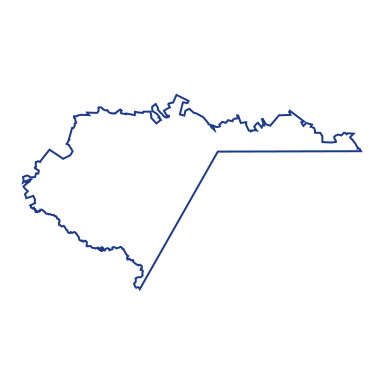 outline of La Trinitaria, Chiapas, Mexico
{"feature_id": "50627088B54619766562201", "entity_name": "La Trinitaria", "entity_type": "district", "adm_level": 2, "iso_a3": "MEX", "parent_name": "Mexico", "parent_adm1": "Chiapas", "projection": "orthographic", "projection_center": [-91.937, 15.979], "detail": "fine", "context": "isolated", "style": "outline", "palette": "blue", "viewbox_px": 384, "rotation_deg": 0, "n_neighbors": 0, "source": "geoboundaries", "source_scale": "gbopen_adm2", "svg_char_len": 5880}
<svg xmlns="http://www.w3.org/2000/svg" viewBox="0 0 384 384"><path d="M306.2,123.0L303.4,125.9L301.6,123.0L301.3,122.3L304.0,121.5L289.8,110.7L289.1,111.9L289.5,112.3L290.5,114.9L280.3,115.3L279.2,115.1L270.2,125.7L265.9,124.3L262.7,118.9L261.9,119.2L264.0,125.4L262.8,125.1L261.7,127.5L258.0,122.8L257.3,123.3L255.6,124.7L255.0,125.8L254.2,126.7L255.7,129.3L256.7,130.5L254.4,130.1L251.2,131.2L251.4,130.5L248.7,130.5L247.6,127.9L246.8,126.6L246.3,125.1L246.1,124.4L246.2,122.2L240.8,122.9L238.2,115.5L237.2,115.4L238.0,118.3L234.8,118.7L233.4,119.3L232.5,121.2L228.0,120.2L225.9,122.8L222.2,121.9L220.5,123.7L219.4,124.4L220.0,126.3L218.7,126.8L217.4,127.0L216.0,126.9L214.9,126.3L213.0,125.6L214.4,130.0L210.9,126.7L211.3,125.4L208.5,124.2L208.5,123.5L203.4,117.3L197.0,113.7L196.1,113.3L193.8,112.8L189.3,108.8L185.4,110.8L184.3,115.6L179.9,114.4L182.9,102.4L186.3,102.8L186.9,103.2L187.9,102.7L188.6,101.0L176.5,94.9L173.1,102.5L168.8,103.5L168.3,104.3L169.9,107.3L166.1,109.3L164.0,110.8L166.6,115.3L167.5,115.3L168.9,115.8L169.1,116.3L169.0,116.7L166.3,117.6L163.8,116.3L162.9,115.2L162.1,113.9L160.5,112.7L157.8,109.5L158.1,108.3L155.7,104.0L153.6,105.6L152.1,107.0L152.4,111.0L156.7,113.7L159.1,116.5L158.9,116.7L159.0,116.8L159.1,116.7L159.3,117.0L159.3,117.3L159.0,117.5L159.6,117.6L160.0,118.8L159.8,118.9L159.9,119.1L160.1,119.0L160.6,119.4L160.5,119.8L160.8,120.1L160.2,120.4L156.4,123.4L151.2,117.8L151.3,115.7L150.4,111.7L143.3,111.7L142.8,113.0L137.8,112.4L135.0,111.8L134.9,112.9L135.0,113.3L134.7,115.1L126.3,113.5L126.2,114.2L121.2,113.3L120.8,112.8L120.8,112.5L121.1,111.2L121.6,110.5L120.2,109.5L116.4,112.3L116.1,112.9L115.7,112.9L115.3,113.4L113.8,113.2L113.4,113.6L110.6,113.1L109.2,112.4L108.6,112.1L108.0,111.3L107.4,110.1L105.8,110.5L103.1,109.4L102.8,108.8L101.9,107.8L101.5,107.5L98.6,107.4L98.5,111.1L97.2,112.9L87.1,112.6L88.5,114.6L89.0,115.1L80.7,114.8L77.2,115.7L77.2,115.9L76.8,116.1L76.0,116.5L74.2,116.1L74.2,116.5L73.9,117.5L74.7,118.3L75.1,119.0L75.3,119.7L75.4,120.8L76.2,122.8L74.7,123.5L74.8,124.9L74.6,125.9L74.0,127.2L73.3,128.1L72.1,127.9L68.8,139.7L69.2,139.9L68.6,140.5L67.4,143.0L66.6,143.9L68.6,144.8L71.6,149.4L72.6,151.4L70.4,155.1L63.2,158.8L49.5,149.7L41.4,159.9L40.0,162.0L38.8,161.4L38.1,161.3L37.6,161.4L36.6,162.0L35.9,162.0L35.7,163.9L35.8,165.0L35.6,166.3L36.0,166.6L34.8,167.7L35.1,168.4L36.1,168.9L38.8,170.6L38.3,173.6L36.1,173.3L35.0,177.1L30.5,177.3L29.8,177.1L28.9,176.1L26.7,175.5L23.0,177.0L23.5,179.3L23.5,180.9L23.0,182.6L25.5,181.1L25.8,181.6L25.6,181.9L26.1,182.6L26.8,180.9L30.0,179.4L31.0,179.5L30.0,180.4L29.7,181.6L27.6,182.8L23.5,186.3L24.3,187.9L27.8,191.2L25.0,194.1L26.3,198.2L33.3,195.9L35.0,199.7L34.7,201.3L35.2,203.0L30.3,205.4L30.6,205.6L30.9,205.5L31.1,205.7L30.9,207.2L31.1,207.7L32.4,208.0L32.8,208.3L33.6,207.8L33.6,208.8L34.5,208.5L34.9,208.8L35.2,209.2L35.1,210.2L35.4,210.4L35.8,210.2L36.0,210.4L35.9,210.6L36.2,211.2L36.0,211.3L35.5,210.8L35.3,211.1L35.5,211.6L35.8,211.7L35.7,211.9L35.9,212.1L36.9,211.8L37.0,211.9L36.9,212.1L37.3,212.2L37.7,212.0L37.9,211.3L39.5,211.2L39.5,210.8L39.7,210.5L39.9,211.0L40.6,209.9L41.2,209.6L41.8,209.6L44.2,211.5L45.0,212.2L45.8,213.3L46.9,213.9L47.9,213.8L48.6,214.3L49.4,214.0L52.2,215.1L52.6,214.9L54.0,215.1L54.6,216.2L55.4,216.0L56.4,216.5L56.7,217.0L56.9,218.4L58.5,218.9L59.4,219.9L59.5,220.4L59.3,220.8L59.6,221.6L59.5,222.1L58.9,223.1L59.1,224.8L59.7,224.9L60.3,225.5L61.7,226.4L62.0,226.2L62.6,226.3L63.8,225.9L64.4,226.5L64.5,226.9L65.1,227.5L66.2,229.7L67.2,230.2L67.7,232.0L68.9,232.9L69.7,233.1L70.3,232.3L70.7,232.1L71.2,232.2L71.7,232.9L72.0,233.0L72.3,232.9L73.9,232.1L75.6,232.5L75.9,233.0L75.9,233.5L76.7,234.2L78.0,236.0L78.7,236.9L79.2,239.3L79.3,239.7L79.6,240.1L81.0,240.8L81.3,240.8L81.7,240.5L82.1,240.5L82.7,241.5L83.4,241.7L84.0,241.1L85.2,240.7L85.9,241.1L86.3,241.7L86.8,242.0L86.7,246.2L90.7,246.1L92.0,247.7L94.4,248.1L95.2,248.5L96.4,248.0L97.3,248.3L98.0,247.6L98.3,247.6L98.8,248.3L98.6,248.6L98.6,249.2L99.1,249.7L99.7,250.0L100.1,248.8L101.0,247.6L101.7,247.3L102.4,247.4L103.0,248.1L103.0,248.4L103.0,248.5L101.6,249.8L101.5,251.0L102.0,251.0L103.5,249.7L104.6,250.5L104.8,250.5L105.2,249.8L104.9,249.3L106.4,248.5L107.4,248.3L108.2,248.3L109.0,248.8L109.0,249.5L109.4,250.2L109.7,250.2L110.9,249.5L111.8,249.5L112.4,249.2L112.5,249.0L112.4,247.5L112.9,247.2L114.4,247.2L115.1,247.4L115.7,247.9L116.4,248.4L116.8,248.4L117.5,247.9L119.3,247.5L120.4,247.0L121.4,247.2L122.1,248.0L122.4,248.9L123.0,248.9L123.5,249.1L124.5,251.3L125.0,251.9L125.7,253.6L125.9,253.6L126.5,254.2L126.6,254.8L127.0,255.2L127.8,255.9L128.2,256.1L127.2,257.2L127.0,257.6L127.2,258.9L127.6,259.6L128.3,259.5L129.0,259.1L129.2,258.8L130.2,259.3L130.7,260.2L131.1,260.4L131.7,260.4L132.9,260.0L133.2,260.3L133.4,260.7L133.3,261.8L135.2,263.5L137.1,264.7L137.5,264.9L138.6,265.4L139.2,264.8L139.6,264.7L141.4,265.7L141.9,266.2L141.7,267.7L141.8,268.1L141.1,268.5L141.3,269.0L140.8,269.5L140.7,269.9L141.3,269.9L141.8,269.8L142.0,270.2L142.7,270.8L142.5,271.3L142.8,271.8L142.4,272.6L142.3,273.2L142.6,274.4L142.6,275.1L142.4,275.7L142.1,275.8L141.7,276.5L140.6,277.2L138.4,277.3L136.4,277.7L136.3,278.0L135.6,278.5L135.8,279.2L135.8,280.7L135.6,281.3L135.5,282.3L135.3,282.6L134.3,283.1L134.1,283.8L134.1,284.2L135.7,287.5L136.5,287.7L137.6,287.2L138.2,287.2L139.3,288.1L139.8,289.1L217.8,151.6L361.0,151.2L359.8,149.0L358.4,148.3L357.7,148.6L357.7,147.3L356.9,146.6L355.7,144.1L352.0,139.2L351.0,138.7L350.2,137.3L350.2,137.1L353.6,133.7L348.7,133.3L347.6,133.3L346.7,134.3L345.2,133.0L343.9,132.8L341.5,135.4L338.3,134.6L335.8,135.5L334.2,136.7L334.4,138.0L334.4,138.5L334.5,138.8L335.3,139.6L335.6,141.0L335.9,141.1L335.9,142.0L331.4,142.5L322.4,142.1L322.3,136.1L320.3,132.9L315.0,132.7L315.1,131.9L315.0,131.2L314.8,130.0L314.2,128.1L311.1,126.8L310.7,126.7L312.0,124.6L306.2,123.0Z" fill="none" stroke="#1e3a8a" stroke-width="2"/></svg>